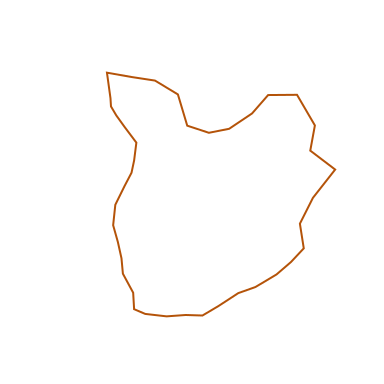 the district of Agios Efstathios, Cyprus, rotated 113°
{"feature_id": "46923920B27642326051003", "entity_name": "Agios Efstathios", "entity_type": "district", "adm_level": 2, "iso_a3": "CYP", "parent_name": "Cyprus", "parent_adm1": "", "projection": "robinson", "projection_center": [34.021, 35.386], "detail": "fine", "context": "isolated", "style": "outline", "palette": "amber", "viewbox_px": 384, "rotation_deg": 113, "n_neighbors": 0, "source": "geoboundaries", "source_scale": "gbopen_adm2", "svg_char_len": 646}
<svg xmlns="http://www.w3.org/2000/svg" viewBox="0 0 384 384"><g transform="rotate(113 192 192)"><path d="M115.4,316.9L137.5,303.7L144.9,300.0L151.1,291.6L158.5,279.4L168.3,262.5L185.6,257.6L197.9,255.2L212.7,256.4L233.7,257.6L253.4,251.6L267.0,240.7L280.6,231.0L294.2,223.7L307.7,206.8L322.5,199.5L322.5,187.4L316.4,166.8L307.7,149.8L301.6,134.1L286.8,123.2L267.0,109.9L254.7,96.5L234.9,82.0L217.7,73.5L200.2,67.1L179.0,80.3L150.1,78.4L115.4,69.0L107.7,99.3L82.7,104.9L61.5,133.3L73.0,159.8L96.2,167.4L119.3,182.5L130.9,199.6L132.8,222.3L107.7,243.1L103.9,269.6L109.7,292.3L115.4,316.9Z" fill="none" stroke="#b45309" stroke-width="2"/></g></svg>